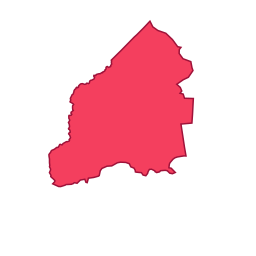 York, Maine, United States of America, rotated 48°
{"feature_id": "52423323B79738313755225", "entity_name": "York", "entity_type": "district", "adm_level": 2, "iso_a3": "USA", "parent_name": "United States of America", "parent_adm1": "Maine", "projection": "natural_earth1", "projection_center": [-70.788, 43.437], "detail": "fine", "context": "isolated", "style": "filled", "palette": "rose", "viewbox_px": 256, "rotation_deg": 48, "n_neighbors": 0, "source": "geoboundaries", "source_scale": "gbopen_adm2", "svg_char_len": 3375}
<svg xmlns="http://www.w3.org/2000/svg" viewBox="0 0 256 256"><g transform="rotate(48 128 128)"><path d="M63.3,40.2L64.1,49.8L64.6,59.2L64.6,60.0L64.6,62.4L64.6,62.7L65.8,81.4L65.9,84.1L66.4,95.0L66.9,95.4L67.2,95.3L68.5,96.8L69.4,97.2L69.7,97.6L69.9,99.0L70.2,99.3L70.5,99.5L70.7,99.8L69.8,102.3L69.8,102.2L69.7,102.0L68.5,102.2L68.2,102.7L68.2,103.3L68.2,103.7L68.4,103.9L69.2,104.6L69.5,105.3L69.4,106.2L69.5,106.4L70.0,106.8L70.0,107.7L69.5,109.2L69.8,109.6L69.9,109.9L69.3,110.4L69.0,112.5L68.5,112.9L67.6,114.5L67.0,115.8L67.1,116.3L67.4,116.7L67.3,117.1L66.1,118.0L66.3,118.5L66.7,118.8L67.7,119.1L68.0,119.0L68.6,119.9L68.8,120.6L68.1,123.1L67.6,123.8L67.5,124.6L67.7,125.3L68.6,126.5L68.7,127.1L68.6,127.6L67.2,128.5L67.0,129.0L67.2,129.9L66.7,130.8L66.0,131.4L65.3,131.7L64.4,132.3L63.6,133.6L63.5,134.2L63.6,136.2L63.8,136.7L64.4,137.3L64.4,137.6L64.4,138.4L63.5,138.7L63.4,139.2L63.4,139.7L63.9,140.4L63.8,141.0L63.8,142.0L64.1,142.8L64.1,143.0L64.6,143.6L65.6,145.2L66.1,146.3L65.9,147.5L66.3,148.2L67.4,151.0L68.1,151.5L68.8,151.7L69.3,152.5L69.5,153.3L70.2,153.6L70.5,153.3L73.3,152.6L74.2,152.7L74.3,153.3L74.4,154.2L74.6,154.5L75.9,155.7L76.0,155.8L77.4,156.8L77.6,156.9L78.3,156.9L78.3,159.4L78.2,159.8L78.7,160.2L79.2,160.7L79.7,160.5L80.2,160.6L80.5,161.5L80.3,162.1L79.8,162.6L79.2,163.4L79.4,163.9L80.8,165.1L81.3,165.5L82.5,165.8L83.2,166.1L83.8,167.4L84.0,168.5L86.0,169.2L87.7,170.4L87.8,170.5L88.2,171.0L88.5,171.8L88.5,172.4L88.8,172.7L89.4,172.9L90.0,172.5L91.7,173.1L92.5,173.9L92.4,174.1L92.2,174.3L92.1,174.5L92.6,176.0L92.9,176.1L93.6,176.0L94.7,176.3L95.0,176.4L95.3,176.5L95.6,176.6L96.7,177.2L96.7,177.3L97.0,177.9L97.2,179.4L97.4,179.4L97.9,179.6L98.0,179.8L98.3,180.3L98.3,180.5L97.6,182.3L97.1,182.7L96.9,183.0L96.1,186.6L96.2,187.2L96.3,187.4L96.4,187.8L96.4,188.3L96.1,188.6L95.5,188.8L94.9,189.2L94.7,189.4L94.6,189.9L95.3,191.6L95.6,192.9L95.5,193.2L95.3,193.3L95.1,193.5L94.6,194.3L94.7,194.9L94.5,197.0L93.6,199.7L93.7,200.6L94.3,201.8L94.5,203.3L94.7,204.1L94.9,204.6L96.3,205.7L98.5,207.1L101.4,209.7L103.4,211.1L103.6,211.4L104.3,212.3L106.5,212.9L106.8,213.1L107.5,213.9L108.5,216.1L108.7,216.3L109.5,216.4L111.6,216.9L112.4,217.9L113.2,217.9L115.8,217.6L118.1,217.5L118.6,218.0L118.9,218.5L119.1,221.3L125.1,218.7L126.5,217.2L128.4,213.0L128.6,211.8L128.8,211.6L131.9,207.8L132.7,205.8L132.7,204.5L135.0,202.8L134.8,198.2L137.2,194.4L140.2,195.6L141.3,194.9L138.8,191.0L141.8,186.6L144.0,182.2L144.1,181.2L142.5,179.0L141.2,177.2L140.6,174.4L142.1,169.9L142.3,169.2L145.3,165.4L146.7,159.2L148.4,156.4L151.8,153.0L152.1,152.7L155.5,150.9L156.0,151.1L158.7,151.9L161.8,150.4L163.7,150.8L164.3,151.0L165.6,151.9L166.7,151.1L170.2,147.9L173.0,148.3L175.4,146.7L174.9,143.9L173.8,142.1L173.1,139.8L174.4,138.1L177.3,136.9L178.2,136.8L178.5,137.1L180.3,136.5L181.7,133.9L181.5,132.4L184.3,128.7L186.0,127.4L189.5,127.2L191.7,125.6L192.7,122.6L186.8,122.8L184.9,124.2L183.0,122.0L182.4,121.2L181.9,119.9L181.3,115.6L181.5,113.3L181.5,113.2L182.6,110.6L186.1,105.2L187.6,103.6L180.4,99.1L160.5,86.0L165.1,79.9L167.1,77.2L160.7,70.6L149.8,59.7L143.7,66.1L139.7,64.3L137.0,66.1L136.5,63.3L132.8,62.0L128.1,62.5L129.1,54.6L130.7,49.2L128.8,41.3L126.0,40.1L120.7,36.9L113.3,40.8L106.8,40.1L104.0,37.4L103.5,34.7L100.8,36.7L92.1,35.8L82.9,36.5L75.4,40.6L69.4,41.9L63.3,40.2Z" fill="#f43f5e" stroke="#9f1239" stroke-width="1.5"/></g></svg>